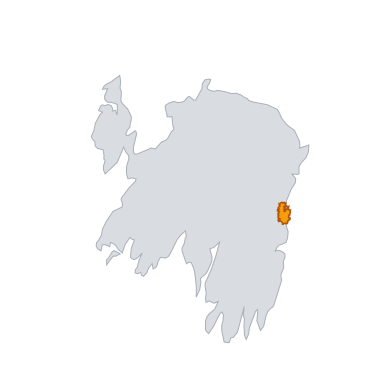 Dungarvan Lea-6, Waterford, Ireland shown in context, rotated 300°
{"feature_id": "5873133B99301396189175", "entity_name": "Dungarvan Lea-6", "entity_type": "district", "adm_level": 2, "iso_a3": "IRL", "parent_name": "Ireland", "parent_adm1": "Waterford", "projection": "robinson", "projection_center": [-7.659, 52.063], "detail": "fine", "context": "in_parent", "style": "filled", "palette": "amber", "viewbox_px": 384, "rotation_deg": 300, "n_neighbors": 0, "source": "geoboundaries", "source_scale": "gbopen_adm2", "svg_char_len": 7933}
<svg xmlns="http://www.w3.org/2000/svg" viewBox="0 0 384 384"><g transform="rotate(300 192 192)"><path d="M243.7,80.6L235.6,84.7L234.3,86.3L232.1,92.8L231.8,94.7L226.7,102.0L223.8,103.4L219.5,104.6L217.1,105.8L214.0,105.2L210.1,105.3L208.2,106.6L208.3,107.6L209.4,108.7L216.6,112.1L216.2,113.5L214.2,115.1L201.3,119.0L197.4,121.3L196.1,122.9L197.4,125.5L207.7,133.3L209.5,134.2L211.0,138.7L220.1,140.6L223.8,143.5L227.0,144.2L234.0,143.9L236.8,145.0L238.4,144.2L239.3,142.7L247.1,137.1L244.7,133.0L252.5,125.9L254.7,126.0L258.4,128.2L261.4,131.2L262.4,135.2L265.3,138.8L267.2,140.0L272.2,140.8L273.4,142.2L272.5,147.4L273.3,149.2L286.1,149.0L291.2,146.8L295.6,147.2L297.8,149.5L298.8,151.9L295.0,152.8L291.0,152.3L289.1,153.9L289.0,157.0L290.3,160.9L293.0,163.7L295.2,170.0L297.0,177.0L299.8,181.2L300.5,186.4L300.1,189.0L300.6,193.6L299.5,195.2L300.4,199.6L305.2,213.5L306.2,224.5L303.9,228.5L300.9,232.4L298.9,237.0L297.4,242.0L296.5,250.0L289.9,259.4L287.1,261.7L283.8,263.2L291.1,269.7L285.2,272.7L278.7,273.6L271.5,271.9L267.1,272.1L261.4,275.5L260.2,274.9L257.5,269.5L255.5,275.1L251.4,276.9L244.3,276.5L232.6,278.0L228.0,279.6L226.1,282.0L224.7,284.9L222.9,286.6L220.8,287.5L211.7,289.6L209.9,290.4L205.7,295.1L200.1,297.7L195.5,298.6L191.5,295.9L189.8,294.2L187.9,293.4L181.7,293.5L183.6,294.4L184.9,296.3L185.5,299.9L184.8,303.5L181.7,305.3L178.0,305.6L172.2,309.3L164.5,310.4L160.3,313.8L134.8,319.5L133.3,319.6L129.8,318.1L126.0,317.5L122.2,317.9L111.5,321.2L106.3,320.5L113.0,312.5L121.9,308.5L122.9,307.4L120.0,306.8L103.1,309.6L97.3,312.0L91.4,312.7L94.2,309.1L101.8,304.1L108.3,300.8L111.2,297.8L119.1,294.5L93.5,301.4L86.8,300.5L85.2,298.6L80.0,299.5L78.1,294.9L86.0,287.8L90.5,284.8L95.9,283.2L101.1,280.8L103.0,278.0L100.6,277.0L85.2,277.8L77.8,277.2L78.2,274.9L79.6,272.4L87.3,268.1L91.5,267.4L95.2,267.8L101.7,270.3L110.3,269.5L106.7,266.8L106.2,261.2L103.4,259.3L107.0,256.7L111.1,255.1L117.9,249.8L120.3,248.9L133.7,247.6L148.1,244.8L162.4,240.9L155.1,238.7L151.6,235.9L145.9,241.7L141.8,243.9L130.4,245.1L126.8,244.4L121.7,242.6L120.1,243.3L118.6,244.7L111.0,247.6L103.0,248.2L112.4,243.0L124.2,234.2L126.9,231.4L130.6,226.5L129.5,224.3L127.1,223.1L135.7,213.1L138.7,211.3L144.1,211.0L148.1,209.4L149.9,209.4L151.4,208.8L155.0,205.8L149.6,203.9L144.0,202.9L126.8,204.0L124.6,203.8L122.5,202.8L121.1,201.5L120.1,198.1L118.9,197.3L115.0,197.3L111.1,198.4L108.5,198.3L105.9,196.8L110.1,193.3L104.7,192.5L99.3,193.2L94.7,192.1L94.6,190.0L96.7,187.8L94.1,185.7L93.5,183.1L96.4,181.8L99.6,182.2L106.0,180.3L114.2,179.4L107.2,177.5L104.4,175.8L104.3,173.4L104.9,171.2L113.0,167.6L121.7,166.0L121.1,163.6L121.7,161.1L113.0,160.3L104.4,162.1L105.3,157.2L107.5,152.8L107.9,149.9L107.5,146.7L103.5,148.1L103.1,143.6L101.4,140.6L95.4,142.7L95.6,138.7L97.4,135.9L100.5,134.7L103.6,135.2L109.3,135.2L114.9,133.1L122.9,132.5L135.6,133.2L144.3,139.1L146.6,138.1L150.1,134.3L151.8,133.9L165.0,135.5L173.1,137.7L175.3,137.0L174.2,132.9L171.4,130.0L174.9,126.2L179.3,123.7L182.1,122.4L188.8,120.8L191.7,119.3L193.6,114.5L196.7,110.4L180.1,112.5L164.3,107.7L166.8,104.4L170.1,102.4L175.9,101.0L176.5,99.2L179.4,97.7L184.2,93.9L182.5,88.8L183.4,85.2L186.9,82.9L188.0,79.5L189.6,77.1L196.6,76.2L203.3,73.9L213.7,73.6L216.4,74.5L215.8,70.4L220.7,69.9L222.6,70.7L223.4,73.6L225.7,75.4L226.4,78.6L224.9,81.1L222.4,83.0L224.7,84.9L221.1,88.5L224.9,86.9L230.4,83.5L230.1,80.7L229.2,77.2L227.6,74.0L228.3,70.5L231.4,68.3L239.4,67.2L236.1,63.2L239.0,62.8L242.2,63.7L246.9,66.8L256.8,71.1L252.0,75.0L246.0,77.7L243.7,80.6ZM102.6,158.8L102.4,160.7L98.6,158.3L96.8,155.7L86.3,154.5L90.7,151.9L92.8,152.7L100.2,152.8L102.3,153.9L102.6,158.8Z" fill="#d9dde1" stroke="#a8b0b8" stroke-width="1"/><path d="M211.5,289.2L212.0,289.3L212.0,289.9L212.1,290.1L212.5,290.1L213.1,290.2L213.6,290.0L213.9,290.0L214.0,289.8L214.1,289.5L214.3,289.5L214.5,289.5L215.0,289.4L215.3,289.4L215.6,289.5L215.6,289.8L215.9,289.8L215.9,290.0L216.1,290.1L216.4,290.1L216.5,290.2L216.9,290.2L217.0,290.3L217.1,290.2L217.3,290.3L217.3,290.2L217.5,290.1L217.8,290.2L218.1,290.0L218.3,290.1L218.5,290.0L218.4,290.0L218.6,289.7L218.3,289.6L218.1,289.5L217.9,289.5L217.8,289.3L218.0,288.9L218.3,288.8L218.4,288.7L218.5,288.6L218.4,288.6L218.4,288.4L218.9,288.0L219.3,287.8L219.5,287.8L219.9,287.7L220.0,287.8L220.7,287.8L220.8,287.7L220.9,287.8L220.9,287.7L221.3,287.7L221.6,287.6L221.9,287.7L222.1,287.7L222.3,287.5L222.4,287.4L222.5,287.4L223.0,287.4L223.3,287.4L223.5,287.4L223.7,287.1L223.9,287.1L224.0,287.0L224.2,286.9L224.3,286.8L224.7,286.7L224.9,286.7L225.1,286.5L225.1,286.4L225.1,286.0L225.3,286.0L225.2,285.9L225.3,285.8L225.3,285.7L225.2,285.4L225.0,284.9L225.1,284.7L225.4,284.5L225.5,284.3L225.4,284.3L225.4,284.1L225.5,283.9L225.7,283.6L225.9,283.6L225.9,283.4L226.3,283.4L227.0,283.2L227.4,282.9L227.3,282.7L227.4,282.8L227.4,282.7L227.5,282.7L227.2,282.5L226.7,282.5L226.3,282.7L226.1,282.7L226.0,282.8L225.7,282.7L225.5,282.8L224.8,282.7L224.5,282.3L224.1,282.2L224.0,281.9L223.8,280.7L223.7,280.5L223.7,280.9L223.6,281.0L223.9,281.6L223.9,281.8L223.9,282.0L223.9,281.9L223.9,282.0L223.8,281.9L223.7,281.8L223.8,281.9L223.6,281.9L223.6,282.0L223.5,281.9L223.3,282.0L223.2,282.0L223.3,282.0L223.2,282.1L223.1,281.8L223.0,282.0L222.7,282.0L222.5,281.9L222.6,282.1L222.2,282.1L221.8,282.0L221.9,281.9L221.7,281.9L221.7,282.0L221.7,281.9L221.6,282.0L221.7,281.9L221.6,281.7L221.6,281.8L221.5,281.7L221.3,281.5L221.1,281.7L220.9,281.7L221.0,281.7L221.3,281.5L221.5,281.5L221.6,281.8L222.1,281.9L222.3,281.9L222.3,281.7L222.8,281.7L222.4,281.4L222.5,281.3L222.4,281.2L222.6,281.1L222.4,280.9L222.4,280.7L222.5,280.5L222.8,280.5L223.0,280.7L223.1,280.4L223.6,280.3L224.0,280.1L224.4,280.0L224.5,279.8L224.6,279.7L224.8,279.6L224.5,279.7L225.0,279.4L224.9,279.4L224.6,279.3L224.5,279.2L224.4,279.0L224.5,279.1L224.8,279.3L225.0,279.1L225.0,279.5L224.9,279.6L225.1,279.6L225.2,279.8L225.3,279.9L225.6,280.0L225.8,280.3L225.7,280.5L225.9,280.7L226.3,280.8L226.5,280.9L226.8,280.9L226.7,280.8L226.8,280.6L227.0,280.5L227.0,280.4L226.9,280.4L227.1,279.8L227.6,279.5L227.9,279.4L228.5,279.1L228.9,279.1L228.9,278.9L229.0,278.8L228.9,278.7L229.1,278.6L228.7,278.3L228.5,278.2L228.9,277.8L229.0,277.8L229.1,277.6L228.9,277.5L228.8,277.4L228.9,277.1L228.5,277.0L228.5,276.7L228.3,276.5L228.2,276.4L228.3,276.2L228.0,276.1L227.8,275.9L227.9,275.7L228.5,275.5L228.3,275.5L228.1,275.2L227.9,274.8L227.8,274.7L227.3,274.6L227.0,274.4L226.9,274.1L226.5,273.9L225.7,274.1L225.0,274.4L224.6,274.2L224.8,273.7L224.3,274.0L224.2,274.2L224.3,274.3L223.8,275.2L223.3,274.9L223.2,274.7L222.8,274.6L222.4,274.7L221.9,274.6L221.6,274.4L221.2,274.6L220.9,274.7L220.9,274.9L221.0,275.0L220.9,275.1L221.0,275.2L221.1,275.3L221.1,275.5L220.9,275.8L220.8,276.0L220.1,275.6L220.0,275.4L219.8,275.4L219.6,275.2L219.4,275.0L219.0,275.4L218.5,275.4L218.6,275.7L218.5,275.9L218.5,276.0L218.4,276.1L218.4,276.3L218.6,276.4L218.9,276.7L218.8,277.2L218.8,277.4L218.3,277.4L217.9,277.1L216.8,277.3L216.9,277.5L216.6,277.5L216.5,277.4L216.3,277.4L216.3,277.5L216.2,277.6L216.2,277.8L215.9,277.7L215.9,277.8L215.6,278.0L215.4,278.1L215.5,278.2L215.5,278.3L215.3,278.4L215.3,278.5L215.2,278.6L215.1,278.4L214.9,278.4L214.7,278.4L214.6,278.7L214.3,278.8L214.2,278.9L213.9,279.1L213.7,279.0L213.4,279.2L213.2,279.1L213.1,279.3L213.0,279.6L212.9,279.7L213.1,279.9L212.9,280.0L212.4,280.1L212.2,280.2L212.2,280.3L212.2,280.7L212.1,281.1L212.5,281.2L212.6,281.6L212.7,281.8L212.4,281.8L212.2,281.7L211.9,281.5L211.7,281.4L211.4,281.4L211.3,281.2L211.0,281.0L211.0,280.9L210.9,281.0L210.8,280.9L210.6,281.0L210.7,280.8L210.4,280.8L210.3,281.1L209.9,281.6L209.9,281.8L210.0,282.0L210.1,282.3L210.7,282.5L211.1,282.8L211.0,283.2L211.2,283.5L210.9,284.1L211.0,284.4L210.8,284.7L210.8,285.2L210.5,285.9L210.3,286.1L210.1,286.2L209.6,286.2L209.4,286.3L209.5,286.8L209.8,287.2L210.1,287.3L210.5,287.3L211.0,287.7L211.2,288.0L211.4,288.3L211.5,289.2Z" fill="#f59e0b" stroke="#b45309" stroke-width="1.5"/></g></svg>